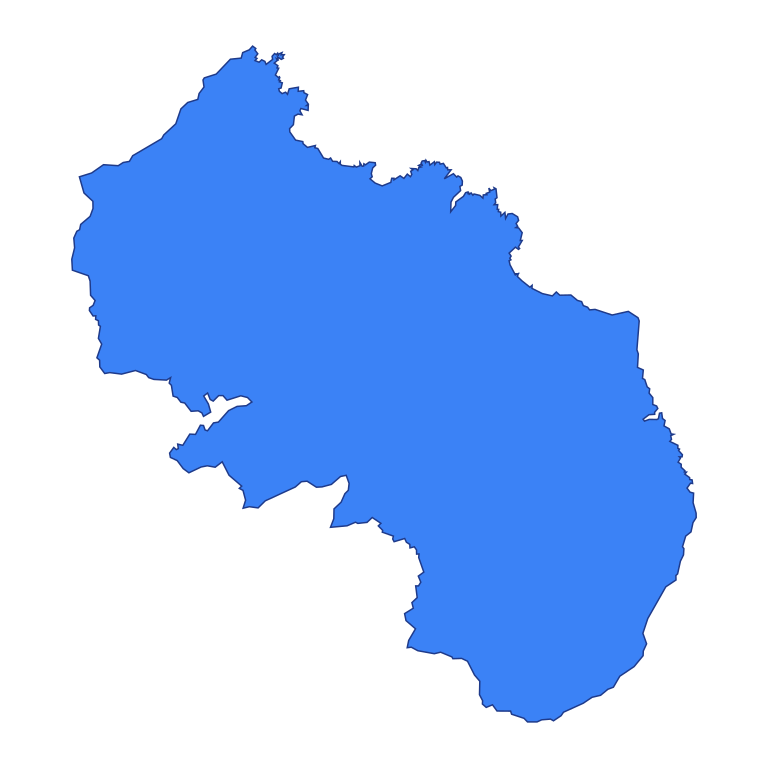 outline of Santiago Maior, Santa Cruz, Cabo Verde
{"feature_id": "66160863B62302711188639", "entity_name": "Santiago Maior", "entity_type": "district", "adm_level": 2, "iso_a3": "CPV", "parent_name": "Cabo Verde", "parent_adm1": "Santa Cruz", "projection": "albers", "projection_center": [-23.551, 15.111], "detail": "fine", "context": "isolated", "style": "filled", "palette": "blue", "viewbox_px": 768, "rotation_deg": 0, "n_neighbors": 0, "source": "geoboundaries", "source_scale": "gbopen_adm2", "svg_char_len": 6040}
<svg xmlns="http://www.w3.org/2000/svg" viewBox="0 0 768 768"><path d="M95.6,319.4L98.4,320.7L98.6,325.0L100.4,326.3L98.4,338.4L101.7,344.1L96.9,357.8L99.6,360.2L99.8,366.9L104.7,373.5L109.7,372.6L121.6,374.1L135.5,370.5L146.3,374.5L148.7,377.6L153.8,379.4L166.5,380.1L170.6,377.6L169.2,383.1L171.4,385.3L173.1,396.1L177.3,397.5L180.9,402.2L184.7,403.0L191.1,411.3L198.2,410.8L201.9,412.9L203.5,416.4L210.7,412.1L208.4,404.0L203.7,396.0L207.6,393.0L210.2,399.5L213.2,401.1L218.7,395.6L223.0,395.6L227.0,400.2L240.8,395.8L247.5,397.5L251.9,402.0L246.4,405.7L237.1,406.4L228.6,410.6L218.4,422.1L213.5,422.9L207.5,430.8L205.1,430.0L203.5,425.5L200.4,425.2L195.5,434.4L189.8,434.1L182.8,445.3L177.7,444.1L178.3,448.6L176.3,449.6L173.8,447.4L169.6,453.1L170.4,457.4L177.2,460.6L183.2,468.6L188.9,472.8L201.1,467.0L207.3,465.8L215.2,467.2L222.2,461.8L229.0,475.2L241.7,486.1L239.3,488.4L243.0,490.4L245.6,500.2L243.1,508.2L249.3,506.7L258.1,507.9L265.3,500.8L295.3,487.0L301.4,481.7L307.1,481.2L316.4,487.2L322.0,486.9L331.4,484.4L340.5,476.5L346.2,475.3L349.1,483.4L348.3,490.3L344.9,493.7L341.1,502.2L334.0,508.9L333.8,518.7L330.5,527.3L347.1,525.8L355.5,522.2L357.8,523.4L367.0,522.4L372.2,517.5L380.9,523.3L378.3,525.9L382.7,530.4L382.3,532.2L393.4,536.1L392.7,539.0L394.1,541.7L404.7,538.5L406.4,542.2L409.8,544.4L410.0,547.9L414.3,546.8L416.5,549.9L416.6,554.1L419.0,554.0L418.7,557.5L423.8,572.1L418.3,576.1L420.8,582.2L418.5,585.9L415.7,585.9L417.2,597.6L411.9,602.6L413.3,608.2L404.6,613.6L406.0,620.6L415.5,628.8L408.7,640.4L407.2,647.7L411.3,647.2L417.8,650.7L434.3,653.7L440.6,652.2L451.9,656.9L452.9,658.7L461.6,658.4L467.5,661.2L474.5,675.0L479.8,681.2L479.5,694.7L482.6,700.7L482.4,704.0L486.2,707.4L492.5,704.8L497.0,711.0L510.6,711.1L511.6,714.2L524.0,718.3L527.5,721.9L537.1,721.9L541.7,719.8L550.5,719.1L553.5,720.8L561.1,715.7L563.5,712.2L583.3,703.2L592.0,697.3L600.6,695.3L607.8,689.3L613.4,687.2L619.8,676.2L634.1,666.6L643.1,655.7L643.3,651.0L646.6,643.8L642.9,633.3L647.8,618.5L665.8,586.8L676.0,580.0L675.9,575.5L677.6,573.9L680.4,561.2L683.5,554.9L683.9,548.6L682.5,546.8L685.7,536.1L691.0,531.9L693.0,522.6L696.2,517.6L696.1,513.1L693.1,502.7L693.6,493.1L690.1,492.2L687.0,488.1L690.5,483.2L692.6,483.5L692.1,479.9L689.7,479.5L689.6,477.6L684.8,474.1L686.5,472.1L684.3,471.9L684.9,470.7L681.2,467.3L681.2,464.2L678.1,462.2L680.5,458.0L679.3,456.8L682.1,456.8L682.4,454.7L678.6,450.5L679.5,449.1L677.8,448.3L677.9,445.3L669.8,441.4L671.5,439.4L670.7,435.7L673.7,434.3L671.1,433.9L669.3,428.9L664.0,425.9L665.1,420.5L662.5,418.5L661.7,412.8L659.5,413.2L658.4,418.7L657.0,419.5L649.2,419.4L644.5,421.1L643.1,419.2L649.0,414.7L654.7,414.3L654.6,412.3L657.8,408.5L656.6,406.0L652.8,404.5L652.8,397.6L649.1,393.1L649.7,388.8L647.2,386.9L644.8,379.6L642.5,378.4L643.3,370.0L637.5,367.4L638.3,353.9L636.9,349.8L639.2,321.0L638.0,317.7L628.3,311.4L612.1,315.0L595.1,309.4L589.6,309.9L587.6,307.2L583.3,305.6L581.6,301.6L577.4,300.4L570.9,295.0L559.8,295.2L556.3,292.0L552.4,295.9L542.4,293.6L532.0,288.4L532.1,285.3L529.9,287.2L521.9,280.8L517.4,276.5L518.3,273.6L514.6,275.2L517.3,273.8L514.7,273.7L510.0,264.8L509.1,260.7L510.9,259.8L509.8,258.2L511.1,256.1L509.1,253.1L515.4,247.2L518.5,249.4L519.6,248.5L518.4,247.0L522.2,240.5L520.3,240.5L522.2,232.7L518.6,227.9L515.9,227.6L517.7,226.4L516.1,223.5L518.6,220.4L517.6,216.8L512.2,213.5L508.0,214.0L505.6,218.5L504.9,212.4L500.9,216.1L500.7,212.2L498.3,211.6L498.7,209.4L497.2,209.3L497.7,204.6L494.1,204.7L495.7,202.7L495.2,199.0L497.0,197.7L496.0,188.8L494.1,187.8L494.6,189.1L490.9,190.6L488.8,188.1L489.7,192.1L486.2,193.4L486.9,194.7L483.3,194.9L482.9,198.1L479.9,195.4L474.0,194.0L472.9,195.2L471.1,192.9L469.5,194.2L468.6,192.5L468.1,193.6L467.4,192.1L465.6,192.7L463.4,196.4L455.8,201.9L455.6,205.5L450.7,211.8L451.0,202.1L453.5,197.3L460.6,190.6L459.9,186.4L462.2,185.1L462.4,181.1L460.8,177.5L458.0,175.9L456.7,177.1L453.4,173.7L444.3,178.8L451.1,169.8L447.7,169.8L447.5,167.5L446.3,167.9L443.4,163.4L440.1,164.1L439.5,162.3L436.6,162.1L434.8,164.6L434.4,161.7L429.9,165.1L429.0,161.6L427.1,162.0L425.9,160.2L425.4,162.2L424.6,160.6L422.2,161.0L421.1,163.1L422.7,165.8L420.6,164.5L418.5,165.5L421.0,167.0L418.8,167.5L417.8,170.5L416.2,168.8L411.1,168.5L412.8,169.9L410.7,171.3L411.8,174.4L410.5,176.7L407.3,174.1L403.9,178.4L400.1,175.8L394.0,179.8L394.0,178.3L391.7,178.3L390.8,182.4L382.2,185.9L375.2,183.1L370.0,178.8L372.2,176.8L371.3,173.6L372.7,167.9L375.6,165.2L375.2,162.7L369.3,162.1L365.5,164.8L363.9,163.8L363.7,166.0L362.2,166.3L359.9,162.5L360.0,165.7L356.3,167.1L354.2,165.5L353.9,166.9L342.0,165.4L340.3,164.2L340.3,161.7L339.0,163.5L337.0,161.5L332.6,161.3L330.6,158.0L328.6,159.3L323.5,158.0L317.8,148.5L314.8,147.7L315.4,145.5L307.5,147.4L303.1,143.7L302.8,141.6L295.6,140.1L289.8,131.9L289.6,128.6L293.4,124.7L294.4,116.1L298.0,114.1L302.1,114.8L299.9,110.8L300.9,108.5L308.1,110.4L308.3,105.4L306.6,105.5L308.3,104.1L305.5,100.1L307.6,94.6L304.0,92.7L303.7,90.7L298.2,91.3L298.4,87.2L289.2,88.8L287.5,94.3L285.6,92.2L282.1,93.6L279.4,91.3L278.7,88.8L281.1,88.0L282.3,82.8L279.4,81.8L280.3,80.6L278.6,79.9L279.8,77.7L279.4,76.8L278.4,77.5L275.4,75.0L278.7,68.2L277.0,67.9L277.9,65.7L274.2,63.1L277.3,60.5L276.5,58.7L278.1,59.6L277.6,57.0L281.3,59.4L283.4,58.3L282.5,57.1L284.2,54.7L281.1,54.8L282.0,52.6L278.7,54.0L278.2,55.8L277.6,53.2L276.3,54.6L274.6,53.5L272.1,56.3L272.6,59.4L266.1,64.4L264.9,61.4L261.7,59.8L259.1,62.2L255.0,60.6L257.0,58.4L255.1,57.4L257.8,53.8L254.9,50.0L255.8,48.5L252.6,46.1L249.3,49.8L242.7,52.6L241.2,58.1L230.4,59.2L216.2,74.1L204.3,77.9L203.0,80.0L204.0,87.0L199.1,93.5L197.8,99.4L187.7,102.5L180.9,108.9L175.8,123.8L163.8,134.9L161.7,138.7L132.7,155.7L129.4,161.4L123.2,162.5L118.2,165.7L103.5,164.7L91.6,173.0L79.4,176.8L84.0,193.0L92.9,201.3L93.0,208.5L90.1,216.4L80.7,224.4L79.6,229.7L76.8,231.3L73.8,238.1L74.6,247.8L71.8,259.2L72.4,270.2L88.3,275.7L90.1,281.1L90.6,295.3L95.1,300.5L93.1,305.4L89.6,307.8L89.4,310.5L93.1,316.0L95.8,315.8L95.6,319.4Z" fill="#3b82f6" stroke="#1e3a8a" stroke-width="1.5"/></svg>